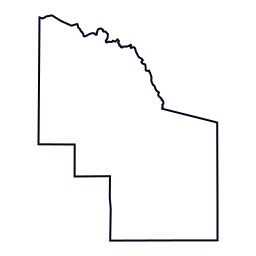 the district of Iron, Wisconsin, United States of America
{"feature_id": "52423323B77086831692435", "entity_name": "Iron", "entity_type": "district", "adm_level": 2, "iso_a3": "USA", "parent_name": "United States of America", "parent_adm1": "Wisconsin", "projection": "equal_earth", "projection_center": [-90.252, 46.285], "detail": "fine", "context": "isolated", "style": "outline", "palette": "ink", "viewbox_px": 256, "rotation_deg": 0, "n_neighbors": 0, "source": "geoboundaries", "source_scale": "gbopen_adm2", "svg_char_len": 1850}
<svg xmlns="http://www.w3.org/2000/svg" viewBox="0 0 256 256"><path d="M184.4,240.4L217.5,240.4L217.5,208.0L217.2,122.5L162.3,108.8L162.1,108.7L162.1,108.3L162.1,108.1L162.6,107.7L162.8,106.8L162.6,106.1L162.4,105.8L162.3,105.3L162.5,104.5L163.2,104.1L163.4,103.7L163.3,102.0L162.8,100.5L162.5,100.3L162.2,100.3L161.8,100.2L161.6,99.8L161.7,99.3L161.6,98.9L160.6,97.7L159.3,96.8L158.5,95.8L158.2,94.7L158.9,92.4L158.4,92.0L158.1,92.0L156.9,91.0L155.5,89.0L154.7,86.5L154.3,85.7L153.0,84.9L151.6,82.0L151.3,80.3L151.5,77.9L151.4,77.0L150.0,72.6L149.1,71.5L149.0,70.9L149.0,70.7L146.8,70.8L145.8,70.4L145.5,65.8L145.1,64.4L142.6,63.6L142.2,63.2L141.4,62.1L141.8,61.2L142.5,60.7L142.8,60.2L142.7,59.9L141.4,58.6L139.0,57.3L138.4,56.5L136.1,52.0L135.2,49.1L135.2,48.5L134.7,47.8L133.6,47.2L133.1,47.2L131.3,47.9L130.8,47.8L130.6,47.2L130.6,46.7L131.1,45.5L130.8,44.9L130.5,44.8L129.1,45.8L127.1,46.5L126.3,46.7L125.7,46.5L123.1,46.7L122.7,47.2L122.2,47.4L121.5,47.4L120.8,47.0L120.8,46.6L120.8,46.2L120.5,45.7L119.9,45.8L119.4,45.7L119.3,45.4L119.3,44.9L119.3,44.5L119.3,44.1L118.1,42.8L118.9,41.2L118.7,40.7L117.4,39.4L117.1,39.6L116.9,40.2L115.6,41.5L115.0,41.5L112.9,40.7L112.5,41.1L112.5,41.5L111.4,41.9L109.9,42.0L109.0,41.6L108.7,41.7L107.3,42.1L106.9,42.5L106.0,42.1L105.8,40.5L106.7,39.7L107.5,37.9L107.9,34.8L107.8,33.9L105.0,31.4L103.8,31.6L103.2,31.4L102.8,30.7L103.0,29.9L101.7,28.8L100.3,28.5L98.2,29.2L97.3,31.1L96.7,34.4L96.5,34.7L96.1,34.8L95.5,34.6L94.9,33.6L94.6,33.5L94.4,33.6L93.2,33.1L90.8,33.5L89.6,34.0L85.9,36.0L84.2,36.4L83.6,35.9L83.5,35.0L82.6,32.7L82.2,32.1L81.7,32.1L80.7,30.9L80.0,29.2L78.1,27.3L77.8,25.1L77.1,24.0L71.5,25.7L61.2,21.1L52.0,15.4L46.4,16.4L42.8,18.5L39.5,17.4L38.5,144.3L74.7,144.5L74.6,176.5L110.0,176.2L109.8,197.8L110.7,208.5L110.2,240.6L184.4,240.4Z" fill="none" stroke="#020617" stroke-width="2"/></svg>